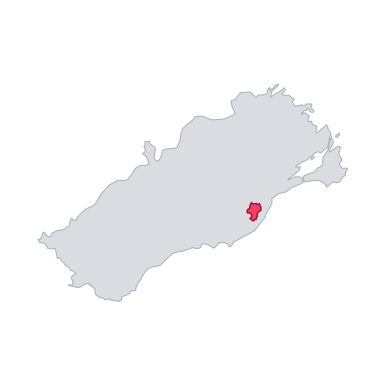 Turkey, with Karabük highlighted, rotated 149°
{"feature_id": "TUR-5520", "entity_name": "Karabük", "entity_type": "Province", "adm_level": 1, "iso_a3": "TUR", "parent_name": "Turkey", "parent_adm1": "", "projection": "equal_earth", "projection_center": [32.657, 41.183], "detail": "fine", "context": "in_parent", "style": "filled", "palette": "rose", "viewbox_px": 384, "rotation_deg": 149, "n_neighbors": 0, "source": "natural_earth", "source_scale": "10m", "svg_char_len": 4217}
<svg xmlns="http://www.w3.org/2000/svg" viewBox="0 0 384 384"><g transform="rotate(149 192 192)"><path d="M290.8,136.8L295.9,138.6L297.5,137.3L302.1,137.5L306.2,138.4L308.4,135.5L311.3,135.8L311.9,137.3L313.3,137.9L317.7,141.6L317.3,142.1L318.4,143.5L322.1,144.4L322.6,146.4L325.6,149.2L327.3,153.7L326.5,156.7L325.1,158.7L327.7,165.4L327.0,166.3L331.6,168.4L337.2,168.1L339.1,169.0L344.8,174.4L346.3,176.4L342.4,173.9L340.4,176.1L339.6,181.3L333.7,182.2L334.8,185.7L336.5,187.2L336.1,190.5L336.6,191.8L338.3,193.9L338.3,196.8L339.1,199.9L339.3,203.6L341.8,204.7L340.8,206.4L338.4,213.9L338.6,214.5L340.5,214.7L344.8,218.2L344.2,219.3L344.9,224.2L348.7,227.3L348.2,228.9L348.4,230.6L345.7,229.8L340.6,234.1L340.0,234.0L339.2,232.5L338.8,228.2L337.5,227.1L335.8,226.8L333.0,228.8L330.3,228.7L327.7,228.3L320.6,225.7L318.0,226.6L315.3,225.6L310.3,230.9L308.7,231.3L307.8,228.7L306.0,227.2L303.7,229.2L294.8,231.7L290.7,232.1L285.6,231.3L281.4,231.5L270.2,237.5L259.4,240.6L249.7,240.4L244.2,236.7L240.0,235.8L227.7,241.5L221.5,241.2L219.4,238.9L214.7,238.0L213.8,240.2L212.9,245.5L214.6,250.4L211.9,250.7L210.3,251.8L209.9,255.5L207.5,256.9L206.7,259.2L206.3,259.3L202.3,257.4L203.4,255.6L200.9,248.8L202.0,246.6L207.0,241.1L206.8,237.9L204.6,235.6L198.3,239.7L197.7,241.2L196.3,242.5L193.9,242.9L182.4,237.7L175.8,242.3L170.1,249.1L165.8,251.6L153.1,253.5L150.9,254.8L146.5,253.3L143.9,251.5L138.1,243.8L127.0,238.0L115.3,236.6L114.3,238.1L113.8,244.0L111.9,249.6L110.9,250.2L108.4,248.8L99.3,252.1L91.6,248.4L90.3,246.8L88.7,240.4L87.6,239.9L86.3,240.8L85.0,240.8L79.6,237.9L76.6,237.8L74.8,240.5L71.8,241.6L71.7,240.9L72.9,239.1L68.3,239.4L65.8,240.8L62.5,239.9L62.7,239.2L65.5,238.3L71.7,237.3L75.7,233.0L60.9,233.2L59.5,234.2L59.3,231.9L60.2,230.9L64.1,230.1L63.8,228.2L61.5,226.2L59.0,225.2L57.9,220.5L56.6,219.3L56.8,218.7L59.2,217.9L59.8,214.5L59.5,212.4L54.8,210.6L53.7,210.7L52.6,208.9L50.6,207.6L48.9,208.7L44.2,205.9L45.1,203.9L46.3,204.0L46.6,202.4L45.7,199.8L45.8,198.4L46.9,198.1L48.1,198.3L49.2,199.9L49.3,202.9L50.5,204.7L51.4,202.9L53.6,203.9L57.5,202.9L58.3,202.1L55.4,202.2L54.4,201.5L52.2,196.6L54.6,195.2L56.4,192.8L53.2,191.2L53.9,187.9L51.2,184.1L55.1,179.2L54.9,178.6L53.7,178.3L42.1,180.3L41.9,178.1L42.9,176.3L42.9,171.7L43.5,169.2L45.7,168.4L48.4,164.7L52.8,160.4L57.2,160.5L59.0,159.3L61.7,159.3L62.4,160.9L64.7,162.1L68.8,161.9L70.8,160.8L68.9,158.7L71.2,158.0L73.1,158.5L72.1,160.8L72.6,161.1L77.9,160.4L83.4,160.9L89.5,160.6L90.3,159.9L86.0,157.6L88.8,155.5L90.4,155.1L103.2,153.3L103.2,152.8L95.4,151.8L91.4,149.0L90.4,147.6L91.2,144.0L92.1,143.1L94.9,142.9L104.5,144.5L111.3,143.6L118.8,145.9L126.0,145.4L127.5,144.4L129.3,141.0L139.4,135.3L142.9,132.4L158.6,126.6L182.1,127.6L186.2,125.4L188.6,126.1L187.9,127.6L188.1,129.0L190.9,132.4L195.1,134.4L200.9,132.7L203.0,133.3L205.2,138.7L208.9,141.9L210.6,142.2L212.7,140.3L214.8,140.1L218.3,141.9L219.6,143.8L230.9,146.1L233.2,147.7L240.9,149.3L257.6,145.5L263.9,148.1L269.0,148.9L271.2,148.5L277.9,145.5L280.0,143.7L284.2,142.2L289.3,138.8L290.8,136.8ZM74.2,127.3L73.7,129.7L74.7,132.4L76.9,136.0L79.3,137.9L90.6,142.9L88.9,147.5L86.1,148.3L76.3,146.0L72.3,147.9L69.4,147.4L65.4,148.3L64.2,151.1L61.4,154.3L53.4,158.4L46.0,166.3L43.9,167.3L44.9,164.6L44.9,162.2L48.1,159.5L52.6,157.4L53.8,155.6L42.7,155.9L41.7,153.5L42.9,153.0L46.6,148.7L47.0,146.9L46.7,142.7L51.2,140.2L51.6,139.2L51.0,135.0L46.9,132.6L47.0,131.4L50.0,130.3L51.8,127.4L56.1,126.9L58.2,125.5L61.9,124.7L66.5,128.3L72.0,127.0L74.2,127.3ZM40.2,166.0L36.4,166.7L35.3,166.0L36.5,164.8L39.4,163.9L40.3,165.2L40.2,166.0Z" fill="#d9dde1" stroke="#a8b0b8" stroke-width="1"/><path d="M146.5,152.2L146.5,151.6L145.9,150.5L144.1,149.6L143.3,149.1L142.9,149.1L142.5,148.8L142.5,148.2L142.6,147.6L141.2,147.3L140.4,147.3L140.4,145.4L140.9,143.7L141.2,142.6L141.8,141.9L142.6,140.7L144.4,140.8L146.1,140.4L148.0,138.8L148.7,137.3L149.6,137.0L151.2,135.6L151.7,136.2L152.7,136.0L153.9,135.6L155.0,136.5L155.5,138.4L155.9,139.4L154.4,139.7L153.5,140.5L152.8,141.5L152.6,142.2L153.0,144.5L153.9,144.6L154.7,145.0L155.1,145.5L155.2,145.8L154.5,147.5L153.0,148.3L151.4,148.2L150.8,148.5L150.0,149.9L148.1,151.4L146.5,152.2Z" fill="#f43f5e" stroke="#9f1239" stroke-width="1.5"/></g></svg>